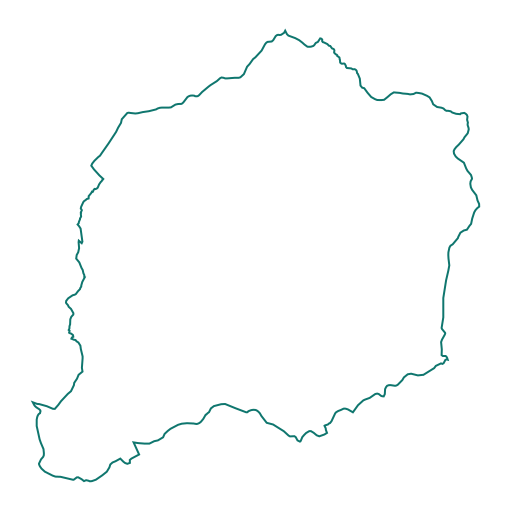 outline of Colti, Buzau, Romania, rotated 90°
{"feature_id": "2599482B71192083628389", "entity_name": "Colti", "entity_type": "district", "adm_level": 2, "iso_a3": "ROU", "parent_name": "Romania", "parent_adm1": "Buzau", "projection": "natural_earth1", "projection_center": [26.399, 45.4], "detail": "fine", "context": "isolated", "style": "outline", "palette": "teal", "viewbox_px": 512, "rotation_deg": 90, "n_neighbors": 0, "source": "geoboundaries", "source_scale": "gbopen_adm2", "svg_char_len": 5953}
<svg xmlns="http://www.w3.org/2000/svg" viewBox="0 0 512 512"><g transform="rotate(90 256 256)"><path d="M402.3,479.2L405.2,477.7L406.2,476.9L407.3,475.7L409.2,472.8L410.2,471.8L411.1,471.5L413.2,472.0L414.1,473.3L415.5,474.2L417.1,474.8L419.6,475.3L426.0,475.3L439.3,472.4L443.0,471.1L449.1,468.5L453.3,468.1L455.3,468.2L456.8,468.8L459.4,471.0L463.6,473.0L464.5,472.9L466.3,472.1L468.6,470.5L471.7,467.1L475.6,459.4L476.6,456.6L476.8,451.5L479.8,438.8L479.6,438.1L477.4,435.2L477.3,433.8L479.2,430.4L481.1,428.0L480.2,425.9L480.7,423.6L481.3,422.1L481.1,420.1L479.7,416.1L475.3,409.7L471.7,405.2L467.4,402.6L464.5,401.7L462.5,399.5L461.2,396.4L458.6,391.7L461.8,388.5L463.0,386.9L463.8,384.7L462.9,382.1L460.0,382.2L458.6,380.6L454.5,372.9L442.4,378.4L443.1,373.8L443.6,367.5L443.6,362.6L441.2,357.8L440.4,354.1L437.3,348.9L433.9,347.4L430.9,344.2L428.8,341.5L424.8,333.9L423.7,330.2L423.2,325.0L423.5,318.5L424.0,315.6L423.8,314.4L423.0,312.6L421.7,311.0L418.9,308.7L414.7,306.3L414.6,305.8L413.2,304.4L412.2,303.0L408.4,301.1L406.1,298.1L404.2,290.8L404.0,286.9L408.2,276.6L412.3,265.8L412.2,264.5L411.5,264.0L410.9,262.9L410.1,260.7L409.8,258.8L409.9,256.9L410.3,255.5L411.6,253.7L413.2,252.2L416.1,250.5L422.8,245.3L424.5,238.9L431.2,228.2L435.6,223.4L436.4,222.0L436.2,217.6L437.1,216.3L440.4,214.5L441.6,212.1L441.4,211.6L440.5,211.1L437.1,209.7L434.9,207.8L433.0,205.9L431.1,202.7L431.1,201.1L432.8,198.3L435.3,195.3L436.3,192.7L434.5,187.6L432.9,185.0L430.0,186.1L428.3,186.3L425.8,187.5L425.4,187.0L424.5,184.1L423.4,182.9L423.1,182.0L421.2,180.5L413.3,176.8L412.2,175.8L411.0,173.8L410.0,171.2L408.7,168.5L408.6,167.6L408.7,166.3L409.4,164.1L412.3,159.1L405.2,154.0L400.4,148.7L399.6,147.0L397.9,142.3L394.0,136.7L393.6,134.8L394.0,133.3L396.0,130.7L396.3,129.4L396.4,128.3L394.1,127.2L389.1,126.9L387.2,126.0L385.8,124.9L385.2,123.3L385.1,121.5L385.8,116.9L385.5,115.6L384.8,114.3L380.1,109.7L377.4,108.1L374.3,104.3L373.7,100.9L375.4,94.1L374.9,89.5L374.9,88.7L368.1,77.8L365.9,76.2L363.4,71.0L363.9,69.6L363.2,68.4L359.9,66.6L359.4,65.4L359.7,64.3L357.8,64.9L356.5,65.7L356.0,66.5L356.0,69.2L355.1,70.4L349.4,70.2L342.1,70.9L339.6,70.0L335.0,67.4L333.6,66.8L332.8,66.9L329.0,70.0L328.0,70.4L317.4,68.7L298.0,68.7L280.3,65.9L270.8,63.7L265.4,62.7L258.5,63.5L255.0,63.7L252.3,63.6L247.6,62.6L245.7,61.5L244.3,59.3L238.1,54.1L236.8,53.7L232.7,51.6L230.5,48.2L229.7,45.1L225.8,42.5L223.9,40.9L218.6,39.8L212.4,37.8L210.1,36.5L208.1,34.7L206.6,32.8L203.9,32.9L200.4,34.5L195.3,35.7L189.8,39.9L187.4,41.1L183.8,41.7L181.4,41.4L178.8,40.0L177.5,40.2L175.0,41.0L170.9,44.5L168.5,45.8L162.7,48.1L158.5,54.2L156.5,56.3L153.6,58.0L151.1,58.3L149.3,57.5L147.1,55.8L144.6,53.2L139.2,48.5L137.4,47.6L133.3,44.3L129.5,43.3L128.1,43.4L125.3,44.3L124.2,44.4L122.6,44.1L119.8,44.9L116.5,44.5L114.8,45.2L113.7,46.4L112.9,47.7L113.4,51.1L114.2,51.8L113.8,55.9L112.5,59.8L111.3,61.3L110.8,63.9L110.8,65.6L110.1,66.9L108.5,68.5L107.7,70.6L107.0,74.9L104.3,78.8L101.1,80.1L97.4,82.4L95.8,85.0L93.6,90.0L93.0,93.2L92.7,95.9L94.0,98.5L94.4,101.9L93.9,104.3L93.5,109.2L92.9,112.3L92.4,118.2L94.3,121.3L97.0,124.4L99.8,127.9L100.1,130.8L100.0,134.8L99.2,136.9L97.0,140.8L92.7,144.5L88.2,147.8L87.7,149.8L85.6,151.5L78.6,152.2L73.8,154.2L73.3,154.8L70.8,155.4L70.1,155.9L69.5,156.7L69.2,157.4L69.3,159.2L68.4,160.8L68.0,165.1L67.0,166.0L65.7,166.2L63.9,167.2L63.5,167.9L63.7,169.7L63.6,170.6L62.6,171.8L59.6,172.1L59.1,172.4L58.1,172.4L57.4,172.7L55.9,174.8L55.2,174.8L54.7,175.3L54.4,176.1L53.0,177.6L52.3,177.9L50.6,177.6L49.8,177.8L49.0,178.4L48.4,180.0L46.0,181.7L45.7,183.1L44.1,184.6L42.5,187.9L42.1,189.2L41.0,189.9L39.9,189.7L39.3,190.0L38.7,190.6L38.4,191.8L41.9,194.1L43.0,196.3L45.2,197.8L46.0,198.8L46.7,201.1L46.8,203.0L46.7,204.6L44.5,207.6L42.6,209.7L40.2,212.8L38.1,216.8L35.6,223.6L34.1,225.1L30.7,226.8L32.8,227.9L34.8,230.9L35.0,232.4L34.8,233.9L35.1,235.0L36.1,236.3L40.2,238.8L41.5,240.3L41.9,244.5L42.7,245.7L44.3,247.0L50.6,250.4L57.3,256.6L59.1,258.9L64.0,262.4L66.7,264.9L74.1,268.1L77.3,271.6L77.8,273.3L77.8,277.3L78.4,284.9L78.4,286.8L77.8,288.5L77.5,290.5L78.2,291.9L81.0,295.0L85.0,301.3L86.5,303.3L92.0,309.9L95.2,312.9L96.1,314.2L96.3,315.2L96.2,316.9L95.7,317.7L95.5,319.4L95.6,321.3L96.0,322.7L97.0,324.5L102.2,328.5L103.4,329.7L103.9,330.7L104.0,333.9L104.6,336.6L107.4,341.1L107.6,343.3L107.6,350.2L107.8,352.2L108.5,354.4L109.4,355.9L111.2,363.1L112.1,369.3L113.2,374.0L113.5,376.6L113.0,381.3L112.7,383.3L113.0,384.7L119.2,390.2L122.9,391.0L127.7,393.9L131.9,395.9L143.5,403.5L152.9,410.1L155.7,412.0L157.0,413.7L160.8,417.6L163.6,419.8L165.7,420.7L169.3,418.1L175.4,412.6L179.0,408.7L179.7,409.2L180.2,409.9L181.3,410.4L181.9,411.2L184.4,412.9L187.7,414.3L188.5,415.2L189.1,416.5L188.9,417.4L189.7,418.2L191.7,419.1L191.9,419.3L191.6,420.0L193.2,420.9L196.1,423.3L198.5,423.4L199.0,425.2L200.0,426.3L201.1,427.9L202.1,428.7L206.7,430.8L208.3,431.2L208.7,431.2L209.6,430.4L210.4,430.2L212.4,431.2L213.0,430.9L213.7,431.2L216.6,430.9L218.5,432.0L219.3,432.0L221.9,433.1L223.2,433.3L224.5,434.4L226.1,433.0L228.6,431.4L241.7,429.6L243.2,430.3L240.7,433.2L242.2,433.4L248.2,432.9L252.3,433.8L255.0,435.3L258.6,435.8L262.4,432.7L267.9,430.5L270.0,429.3L273.2,428.6L275.2,427.7L277.0,427.7L277.2,427.2L281.9,429.7L285.4,430.7L286.6,430.8L288.2,431.8L289.1,432.0L291.2,434.0L294.1,436.2L294.7,437.3L295.3,439.4L298.3,443.8L300.9,445.8L302.6,446.0L303.3,445.7L305.1,444.1L306.8,443.3L308.9,441.0L313.2,438.6L314.6,438.7L316.8,440.7L319.3,441.7L324.4,441.9L326.2,442.5L328.6,442.6L330.0,443.3L330.8,442.4L332.7,442.9L333.2,442.1L333.7,440.7L335.1,439.0L336.8,438.7L337.5,440.1L338.7,440.6L339.8,437.9L340.0,436.5L341.3,435.5L342.5,433.6L345.7,431.6L348.9,431.2L356.4,429.4L358.3,429.4L367.8,430.1L371.6,429.5L374.8,433.4L378.7,435.0L382.9,437.8L385.2,438.1L391.2,441.0L393.9,444.2L401.2,451.0L404.9,453.7L408.9,457.2L408.8,459.1L406.2,465.2L404.1,472.7L403.9,474.9L402.3,479.2Z" fill="none" stroke="#0f766e" stroke-width="2"/></g></svg>